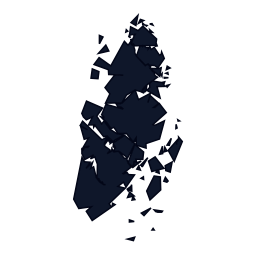 Kepulauan Aru, Maluku, Indonesia
{"feature_id": "22746128B17511076551422", "entity_name": "Kepulauan Aru", "entity_type": "district", "adm_level": 2, "iso_a3": "IDN", "parent_name": "Indonesia", "parent_adm1": "Maluku", "projection": "mercator", "projection_center": [134.564, -6.213], "detail": "fine", "context": "isolated", "style": "filled", "palette": "ink", "viewbox_px": 256, "rotation_deg": 0, "n_neighbors": 0, "source": "geoboundaries", "source_scale": "gbopen_adm2", "svg_char_len": 5939}
<svg xmlns="http://www.w3.org/2000/svg" viewBox="0 0 256 256"><path d="M82.6,121.2L80.2,125.5L87.6,129.7L80.6,126.3L84.2,139.3L88.6,138.0L82.1,149.2L83.0,149.2L84.3,147.5L85.4,146.8L86.2,146.4L87.2,146.4L87.6,146.9L87.9,147.3L88.0,147.2L88.0,146.9L88.0,146.6L88.2,146.3L88.5,146.2L88.8,146.3L88.0,147.3L84.7,147.4L82.7,150.5L81.9,149.5L81.9,153.6L84.9,159.5L93.7,154.8L90.5,158.8L94.9,156.9L97.4,164.2L97.1,178.3L98.8,178.7L100.4,181.8L102.3,182.0L103.5,184.4L105.6,184.7L103.6,184.6L99.6,181.9L96.3,177.7L93.6,166.8L90.7,168.4L92.6,162.3L86.1,168.4L90.2,162.2L84.4,161.8L82.0,157.4L73.7,199.2L78.8,208.5L91.4,206.7L86.3,211.3L92.2,220.5L115.1,204.6L112.6,203.3L112.1,205.9L111.6,206.4L111.0,206.6L109.1,203.7L125.2,188.2L117.9,186.4L123.5,182.1L126.0,187.1L134.5,174.9L128.5,174.6L127.0,172.4L124.9,173.4L123.4,173.8L122.9,173.5L131.1,167.2L128.0,163.0L126.6,158.3L124.3,158.3L118.5,151.2L113.9,151.9L111.9,148.7L111.8,151.0L107.2,153.7L110.2,150.1L105.0,146.4L104.4,144.8L104.6,142.5L106.5,139.2L105.7,137.9L101.9,139.8L82.6,121.2ZM138.5,99.6L135.2,90.2L122.1,103.0L120.2,103.7L118.9,103.8L115.6,103.0L117.9,106.6L118.2,106.8L119.8,106.8L120.9,107.1L121.3,107.4L121.6,108.0L121.8,107.7L123.5,109.2L106.0,104.3L101.6,114.8L103.7,116.6L103.7,118.1L103.2,119.2L106.8,122.4L111.0,128.6L113.9,127.3L117.9,133.4L126.4,133.4L133.2,141.8L136.2,137.6L136.3,145.1L146.1,148.1L145.9,143.6L159.5,139.0L164.4,120.8L155.2,125.2L153.7,125.1L153.0,124.8L152.8,124.6L166.3,112.6L159.3,103.5L155.0,107.4L153.6,107.4L158.7,103.3L150.2,95.6L147.9,102.7L150.3,93.4L138.5,99.6ZM123.3,75.2L114.7,75.0L105.0,87.6L109.9,93.8L105.5,103.1L121.7,102.9L126.6,95.0L135.0,90.0L141.3,91.7L144.1,87.3L146.4,85.2L157.5,77.2L155.4,75.9L154.6,74.8L154.3,73.1L154.5,72.1L152.8,71.7L150.1,68.4L150.9,65.5L149.4,66.0L147.9,64.2L145.2,65.7L136.4,56.1L134.8,53.1L134.7,50.5L134.9,50.2L133.9,47.1L134.1,45.3L133.3,44.2L132.3,45.2L131.1,44.0L131.1,41.0L128.1,45.3L124.4,41.3L110.8,65.9L99.1,57.6L94.0,64.5L108.4,69.7L108.7,74.5L123.3,75.2ZM86.5,101.1L81.8,113.4L83.4,116.9L86.3,119.8L92.6,116.8L88.5,125.0L94.5,124.8L103.7,136.7L107.1,135.8L113.3,141.8L115.0,139.9L124.0,135.0L117.0,133.8L110.1,129.3L104.0,121.1L101.7,123.9L96.7,116.1L102.6,108.1L86.5,101.1ZM139.9,46.1L136.5,56.0L145.3,65.3L148.2,63.9L149.6,65.7L150.0,65.2L154.8,65.6L157.9,67.8L164.3,58.5L161.6,51.9L161.2,54.1L159.5,55.3L154.2,47.4L151.2,49.5L149.8,46.7L148.3,48.8L148.4,47.6L145.9,47.6L144.1,45.8L142.6,46.6L142.3,45.7L141.6,46.2L139.9,46.1ZM134.3,35.7L133.1,38.4L131.3,43.8L133.5,44.0L134.5,45.8L155.7,45.4L156.6,39.0L142.9,26.1L138.1,30.6L130.6,26.8L129.5,35.3L132.6,34.4L134.3,35.5L134.7,34.3L135.2,34.3L134.3,35.7ZM124.6,135.4L113.5,142.8L113.3,144.7L113.6,144.7L113.9,145.0L114.7,146.0L114.9,146.7L115.1,147.4L114.9,148.2L114.4,149.1L114.3,149.8L113.8,150.4L113.9,151.2L118.8,151.2L127.7,157.8L134.8,143.7L124.6,135.4ZM160.3,176.9L154.2,176.0L146.7,191.0L150.0,199.9L160.7,189.9L160.3,176.9ZM143.6,152.0L134.7,144.5L128.1,162.7L132.2,166.4L134.0,163.8L133.7,162.9L133.9,162.1L134.1,161.8L134.5,161.5L136.7,162.1L135.8,159.3L142.8,159.4L143.6,152.0ZM178.5,138.6L168.2,150.3L174.2,161.3L182.3,141.5L178.6,137.1L178.7,138.9L177.7,141.0L176.5,142.0L176.8,144.7L176.3,141.8L178.5,138.6ZM162.3,82.6L152.4,81.0L149.1,83.9L149.6,84.6L149.8,87.3L146.9,90.4L160.1,98.0L157.0,86.6L165.0,86.4L162.3,82.6ZM163.9,168.4L155.1,156.9L148.5,161.1L151.8,171.5L163.9,168.4ZM158.6,68.6L150.4,68.4L159.8,76.4L161.2,67.7L158.6,68.6ZM92.3,68.9L91.0,78.2L98.0,78.7L98.9,71.6L92.3,68.9ZM135.9,25.5L137.9,15.4L131.0,22.6L135.9,25.5ZM108.8,51.0L105.8,45.1L98.4,53.4L108.8,51.0ZM172.1,162.0L165.2,165.7L165.8,170.6L170.2,172.1L172.1,162.0ZM141.2,161.0L137.4,162.5L134.2,161.8L134.1,163.9L132.3,167.9L141.2,161.0ZM142.5,166.5L147.8,157.7L140.6,165.1L140.8,165.1L141.4,165.6L141.8,166.4L142.5,166.5ZM146.3,88.8L146.9,85.1L141.7,92.1L143.6,92.9L146.3,88.8ZM99.4,43.8L103.0,37.0L99.4,35.4L99.4,43.8ZM134.2,196.0L129.8,192.2L127.5,197.5L134.2,196.0ZM169.3,145.3L171.3,138.3L167.0,145.1L169.3,145.3ZM159.5,154.3L162.7,153.6L162.5,146.2L159.5,154.3ZM134.7,237.2L127.5,239.1L133.4,240.6L134.7,237.2ZM144.0,215.6L151.0,208.0L141.3,213.1L144.0,215.6ZM104.6,144.7L107.6,140.6L106.8,139.7L104.6,144.7ZM140.4,170.1L138.7,165.9L136.8,169.1L140.4,170.1ZM131.8,191.2L131.6,184.7L129.4,190.3L131.8,191.2ZM165.4,177.3L163.8,181.2L166.9,182.2L168.1,181.0L165.4,177.3ZM134.9,199.6L133.0,196.4L132.0,200.1L134.9,199.6ZM143.7,20.5L140.4,19.4L138.5,23.3L143.7,20.5ZM164.1,151.9L166.9,151.0L164.8,147.2L164.1,151.9ZM170.1,68.0L167.2,66.2L166.3,69.7L170.1,68.0ZM134.2,221.5L129.4,219.9L129.4,222.0L134.2,221.5ZM127.8,31.2L126.3,29.7L125.8,32.1L127.8,31.2ZM109.2,139.4L105.7,136.7L109.5,142.0L109.2,139.4ZM162.5,211.1L154.2,209.9L155.7,211.6L157.8,212.2L161.7,212.2L162.5,211.1ZM159.2,173.3L158.7,170.0L156.1,172.1L159.2,173.3ZM141.0,178.3L143.6,179.4L143.4,176.8L141.0,178.3ZM168.4,77.7L164.2,77.4L164.3,78.2L168.4,77.7ZM177.1,128.0L176.1,124.3L175.9,128.6L177.1,128.0ZM144.8,25.1L142.6,23.1L142.7,24.5L144.8,25.1ZM103.7,117.6L100.8,116.8L103.0,119.1L103.7,117.6ZM150.3,32.3L152.6,32.4L149.7,29.7L150.3,32.3ZM110.1,143.6L112.4,142.1L110.4,140.9L110.1,143.6ZM113.0,146.9L115.0,147.4L113.5,144.8L113.0,146.9ZM128.3,191.0L129.7,187.3L127.2,189.2L128.3,191.0ZM144.7,92.1L146.6,90.2L146.7,88.9L144.7,92.1ZM169.2,84.8L166.4,85.5L167.2,87.1L169.2,84.8ZM133.4,141.9L135.4,141.4L136.2,139.1L133.4,141.9ZM152.0,230.0L154.2,230.0L153.1,228.4L152.0,230.0ZM152.0,23.6L149.7,23.9L152.9,25.1L152.0,23.6ZM157.2,45.9L156.2,43.2L155.7,46.2L157.2,45.9ZM179.5,120.9L177.8,119.8L178.1,121.1L179.5,120.9ZM130.4,37.7L129.2,35.4L128.8,36.6L130.4,37.7ZM161.9,76.2L162.1,73.5L161.1,74.7L161.9,76.2ZM167.8,72.5L165.8,73.3L168.1,74.2L167.8,72.5ZM132.4,39.2L130.2,39.8L131.5,40.1L132.4,39.2ZM164.7,81.8L162.4,82.3L164.1,83.5L164.7,81.8ZM93.7,127.2L94.7,125.6L93.6,125.8L93.7,127.2ZM147.1,25.5L145.4,25.1L146.4,26.1L147.1,25.5Z" fill="#0f172a" stroke="#020617" stroke-width="1.5"/></svg>